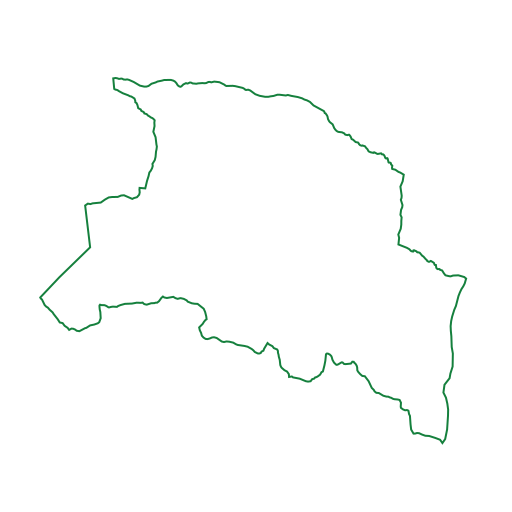 the district of La Caldera, Salta, Argentina, rotated 185°
{"feature_id": "61730980B48775712926369", "entity_name": "La Caldera", "entity_type": "district", "adm_level": 2, "iso_a3": "ARG", "parent_name": "Argentina", "parent_adm1": "Salta", "projection": "natural_earth1", "projection_center": [-65.462, -24.55], "detail": "fine", "context": "isolated", "style": "outline", "palette": "green", "viewbox_px": 512, "rotation_deg": 185, "n_neighbors": 0, "source": "geoboundaries", "source_scale": "gbopen_adm2", "svg_char_len": 6067}
<svg xmlns="http://www.w3.org/2000/svg" viewBox="0 0 512 512"><g transform="rotate(185 256 256)"><path d="M301.2,170.2L299.0,169.0L297.0,169.0L294.9,169.8L292.7,171.0L290.7,171.4L288.0,170.9L282.6,167.8L280.4,167.5L277.9,168.3L275.2,168.3L271.1,167.7L268.2,166.3L266.5,165.8L259.8,165.4L256.4,164.9L252.2,163.0L250.4,161.8L248.9,160.3L245.8,159.1L244.4,159.1L242.9,159.7L242.1,161.3L240.4,162.3L239.8,164.4L236.9,170.3L235.2,169.0L231.8,167.6L230.2,165.8L226.7,164.7L225.9,163.3L225.7,161.6L224.9,159.5L224.5,157.7L223.3,154.6L222.3,149.5L221.5,147.9L220.7,146.9L217.7,144.7L215.0,143.6L213.0,141.2L212.5,138.4L209.8,139.1L208.6,138.3L201.8,137.6L195.4,135.6L193.2,135.4L190.7,136.0L189.3,138.2L187.4,138.9L186.5,140.2L185.2,140.6L183.8,141.6L181.8,143.4L180.6,146.0L179.3,146.8L178.3,152.9L177.8,157.7L177.7,164.2L176.9,165.0L175.7,165.0L173.8,164.2L172.3,162.9L171.7,161.8L170.8,159.3L169.0,156.6L166.8,154.8L166.0,154.6L164.7,155.2L161.5,157.5L160.5,157.5L158.8,156.1L157.3,156.1L152.1,157.1L150.8,159.1L149.4,159.1L149.0,158.4L147.6,157.4L146.2,155.6L145.5,153.8L145.1,150.9L144.1,149.5L142.0,147.5L139.7,145.8L137.1,145.7L132.9,141.1L129.2,134.7L127.0,132.9L126.1,131.5L124.2,130.2L121.7,130.2L117.0,127.9L113.8,127.3L112.0,127.4L110.1,126.7L109.2,126.6L106.9,125.6L105.5,125.4L102.3,125.4L100.4,125.1L98.8,122.5L98.7,118.6L98.4,117.4L96.2,116.0L94.0,115.3L92.2,115.7L90.9,115.3L90.6,115.0L89.8,112.0L88.7,110.1L87.4,101.9L86.3,96.6L83.6,92.8L81.9,93.0L80.2,93.7L78.1,93.7L75.1,92.6L71.7,91.7L67.8,91.8L61.6,90.4L56.6,89.0L54.0,85.9L51.6,90.1L50.5,99.8L50.8,113.6L51.2,119.7L52.5,125.5L54.4,131.4L57.4,136.3L57.0,144.2L52.5,151.1L52.1,155.8L50.5,163.0L51.4,176.0L53.1,182.4L54.4,193.1L55.4,198.5L56.0,203.1L55.9,208.2L55.3,212.8L53.8,219.7L52.5,223.6L50.8,233.8L49.7,237.5L48.4,241.0L46.9,243.8L45.7,246.8L44.7,251.8L46.7,253.2L52.7,254.4L58.0,253.7L60.3,252.7L61.6,252.7L65.2,253.2L65.7,253.4L67.3,255.1L69.3,257.8L71.5,258.3L71.8,258.8L72.1,259.0L74.1,258.8L74.6,259.2L75.2,259.7L75.5,260.4L76.0,262.7L77.1,262.7L77.4,263.0L78.2,264.7L81.1,266.2L81.5,266.3L82.7,265.4L83.4,265.3L84.9,265.9L85.6,266.9L86.6,267.6L89.2,270.1L90.4,270.7L93.2,273.5L94.6,273.8L95.5,273.7L95.9,273.9L96.5,274.6L99.1,275.5L99.6,275.3L99.6,274.5L99.9,274.1L101.5,274.3L102.3,274.7L103.8,276.1L106.4,277.3L115.1,279.9L115.0,286.6L116.1,289.8L114.2,295.7L114.0,299.9L114.3,303.7L114.3,307.2L115.7,309.6L115.5,314.6L114.6,317.3L114.5,319.5L116.6,324.6L116.1,326.5L116.1,328.7L118.2,337.7L116.4,343.2L115.9,349.9L119.6,351.7L121.4,352.2L124.7,354.1L127.9,354.6L128.2,355.6L128.1,357.9L129.4,359.0L129.8,360.3L130.6,360.7L131.8,360.6L132.1,360.8L133.4,364.6L133.7,364.9L134.1,364.9L134.7,364.5L135.3,364.6L135.9,365.2L136.5,366.6L137.2,367.6L138.1,368.3L139.0,368.2L139.5,368.3L140.1,369.1L140.6,369.1L143.5,368.3L144.1,368.3L146.9,369.5L147.4,369.6L147.8,369.0L148.3,369.0L150.8,369.3L152.6,369.9L153.3,370.5L154.2,372.0L155.7,373.3L157.0,374.8L159.6,375.4L160.0,375.1L160.6,375.1L162.0,375.5L163.1,376.4L163.4,377.0L164.2,377.9L166.7,378.2L169.4,380.3L170.9,380.8L172.2,383.3L173.7,384.9L174.2,384.9L175.4,384.4L177.2,384.6L178.0,384.9L178.7,385.8L180.3,386.4L181.1,386.7L184.5,386.8L185.4,387.0L186.6,387.6L187.9,388.7L189.2,390.2L191.1,393.8L194.1,395.8L195.0,396.8L196.2,398.7L196.9,401.1L197.5,402.2L199.1,404.1L200.0,404.4L200.7,406.0L201.3,406.4L211.8,411.0L215.7,414.2L218.8,415.5L221.5,416.1L223.8,417.1L228.2,418.0L234.8,418.6L238.3,419.2L240.3,418.5L246.4,418.7L248.8,418.5L252.4,417.0L255.5,416.3L257.5,415.7L260.9,415.4L266.3,415.9L270.8,417.1L276.2,420.4L278.3,421.0L279.9,420.6L281.0,420.6L282.1,421.5L283.9,422.3L291.5,423.4L294.1,423.5L300.2,422.8L301.3,423.1L302.4,423.9L307.4,425.9L308.9,426.0L312.8,426.1L315.7,425.1L317.1,425.4L318.6,425.2L320.8,423.9L322.5,423.6L324.5,423.6L328.8,422.9L330.4,422.4L334.2,422.4L335.6,423.0L336.9,423.1L339.0,421.9L339.6,421.8L340.8,422.1L343.3,420.6L345.1,418.5L346.0,418.0L347.1,418.2L348.4,418.9L349.4,419.9L350.2,421.1L351.9,422.7L353.6,423.5L356.2,424.0L362.9,423.3L365.0,422.5L369.4,421.2L371.0,420.2L375.1,418.5L377.9,416.0L380.0,415.2L382.1,415.0L386.5,415.6L393.0,418.7L397.9,420.4L399.8,420.7L401.3,420.3L403.3,420.3L404.6,420.9L405.8,421.0L407.2,420.6L408.1,420.5L409.5,420.9L411.4,421.1L413.7,420.5L411.8,410.1L410.6,409.5L409.4,409.4L408.2,409.1L407.4,408.5L402.8,406.5L397.1,404.9L395.7,404.2L394.1,404.0L390.8,402.3L389.8,400.1L389.6,398.6L388.3,397.9L387.3,396.1L386.2,393.0L383.6,391.9L382.8,390.5L381.5,390.1L380.1,389.3L379.7,388.3L377.3,387.8L375.7,386.4L374.3,385.8L372.9,384.9L371.4,384.4L370.2,383.7L368.8,382.4L368.9,380.0L368.4,376.6L369.1,370.8L366.4,365.6L364.9,358.4L364.3,356.4L364.4,353.6L364.7,351.3L364.7,346.0L365.2,342.7L367.2,338.7L366.7,336.7L367.2,334.3L368.3,331.7L369.5,329.9L370.0,326.2L371.1,321.3L372.2,313.7L377.9,313.7L377.9,311.9L377.4,309.3L377.7,306.9L379.7,304.2L382.6,303.1L384.2,302.1L392.8,305.0L395.6,304.5L398.9,302.8L404.6,302.2L407.8,301.5L411.3,299.1L415.3,295.7L423.4,294.2L425.4,293.3L428.1,293.5L430.6,291.4L422.0,250.2L450.1,217.6L467.3,195.9L466.7,194.9L465.4,194.0L462.3,188.8L460.6,187.3L458.8,186.4L457.0,184.6L453.7,182.1L452.5,180.5L448.0,175.7L445.7,172.7L442.8,172.3L440.6,169.8L437.4,168.0L435.7,166.1L433.5,167.6L431.8,167.6L429.9,167.0L428.1,165.9L425.4,165.7L420.0,169.2L418.8,169.6L415.2,172.4L411.2,173.6L407.7,175.2L406.4,176.4L405.3,180.5L406.2,186.6L407.0,189.1L407.5,191.8L407.6,193.1L407.1,193.9L405.8,193.6L402.6,193.8L400.7,193.2L398.5,192.0L397.8,192.0L395.8,192.7L394.1,193.1L390.1,193.2L388.9,194.2L386.7,195.3L382.4,196.9L375.4,197.8L370.7,199.1L366.5,199.3L364.9,199.7L363.6,198.6L362.4,198.2L360.6,198.0L356.3,199.8L353.1,200.2L352.1,200.7L350.4,200.9L348.7,202.5L346.6,206.0L345.2,207.5L343.8,206.7L341.1,206.4L334.8,208.1L332.6,207.0L330.3,206.5L327.8,207.4L327.0,207.4L324.2,207.0L321.1,205.7L320.1,204.6L315.8,203.3L313.2,203.1L310.0,203.2L303.5,198.9L301.8,195.8L300.3,191.5L299.7,188.7L300.8,187.8L302.1,185.9L303.2,183.7L306.4,179.9L305.5,177.1L304.0,174.6L303.0,171.9L301.2,170.2Z" fill="none" stroke="#15803d" stroke-width="2"/></g></svg>